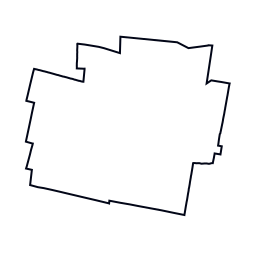 Rotunda, Olt, Romania (Mercator projection), rotated 355°
{"feature_id": "2599482B64010567081563", "entity_name": "Rotunda", "entity_type": "district", "adm_level": 2, "iso_a3": "ROU", "parent_name": "Romania", "parent_adm1": "Olt", "projection": "mercator", "projection_center": [24.304, 43.977], "detail": "fine", "context": "isolated", "style": "outline", "palette": "ink", "viewbox_px": 256, "rotation_deg": 355, "n_neighbors": 0, "source": "geoboundaries", "source_scale": "gbopen_adm2", "svg_char_len": 2852}
<svg xmlns="http://www.w3.org/2000/svg" viewBox="0 0 256 256"><g transform="rotate(355 128 128)"><path d="M176.6,219.6L176.7,219.1L176.8,218.9L176.8,218.6L177.2,217.4L177.3,216.9L177.4,216.4L177.9,214.6L178.7,211.4L179.3,209.2L179.9,206.9L180.6,204.6L181.2,202.2L181.8,199.8L182.2,198.2L182.7,196.5L183.0,195.3L183.2,194.1L183.7,192.6L184.6,189.2L185.0,187.4L185.5,185.5L186.3,182.5L186.4,181.9L186.5,181.5L187.0,179.9L188.0,176.0L188.8,172.9L189.5,170.0L189.6,169.4L189.9,168.6L190.1,168.6L191.0,168.7L192.3,168.9L193.3,169.1L194.1,169.1L194.8,169.2L195.6,169.2L196.2,169.3L197.0,169.6L197.8,169.9L198.3,170.0L199.1,170.0L199.7,170.0L200.1,170.0L201.5,170.0L203.3,170.2L204.5,170.5L205.3,170.7L206.3,170.7L206.6,170.6L206.8,170.6L207.6,170.4L208.8,170.3L209.4,170.4L210.1,168.0L210.2,167.7L210.9,165.4L211.8,162.1L211.9,161.8L212.0,161.4L212.1,160.9L216.3,162.0L216.5,162.0L217.8,162.4L218.9,158.0L219.0,157.6L219.8,154.4L216.2,153.4L216.9,150.6L217.0,150.0L217.4,148.3L217.4,148.2L218.0,145.7L218.9,142.1L219.5,141.4L219.8,140.3L219.9,139.9L220.1,139.4L221.1,136.0L222.2,132.3L222.7,130.7L223.3,128.5L223.4,127.9L224.0,125.8L225.0,122.5L225.8,119.4L226.5,117.0L226.6,116.4L227.0,115.0L229.7,105.0L229.9,104.4L230.5,102.1L232.1,95.9L232.8,93.6L232.9,92.9L233.1,92.5L225.0,90.3L221.7,89.5L215.1,87.8L210.2,90.5L217.0,62.4L219.2,53.2L215.4,52.6L215.2,52.6L215.0,52.8L206.9,53.2L195.2,53.7L184.5,46.9L128.4,36.4L126.5,52.7L111.1,46.4L108.5,45.5L105.9,44.6L92.2,41.1L85.0,39.6L84.8,39.8L84.7,42.0L84.6,42.8L84.5,43.7L84.3,44.9L84.1,46.6L84.1,47.6L84.0,48.7L83.8,49.7L83.7,51.3L83.6,52.0L83.5,53.7L83.0,57.2L82.7,58.8L82.5,60.9L82.5,61.2L82.4,61.5L82.4,61.9L82.3,63.5L82.2,64.2L89.2,65.1L89.9,65.1L89.9,65.4L87.6,78.0L87.1,77.9L86.7,77.9L85.0,77.3L84.8,77.2L84.5,77.1L84.2,76.9L83.9,76.8L83.7,76.8L83.4,76.8L83.1,76.7L82.9,76.6L82.7,76.5L82.3,76.4L82.1,76.3L81.9,76.2L81.6,76.1L81.3,76.0L80.6,75.7L80.1,75.5L79.3,75.2L79.0,75.2L78.2,74.8L77.6,74.5L77.1,74.3L76.6,74.1L76.1,74.0L75.8,73.9L75.5,73.8L75.3,73.8L74.3,73.4L73.4,73.0L73.2,73.0L73.0,72.9L72.3,72.6L71.3,72.2L69.8,71.7L68.8,71.3L67.8,71.1L65.3,70.1L64.9,70.0L63.1,69.2L61.9,68.9L59.4,67.9L58.6,67.6L54.4,66.0L53.4,65.7L51.7,65.0L51.3,64.9L49.7,64.3L48.6,64.0L45.7,62.9L44.8,62.6L44.0,62.4L42.2,61.7L41.5,61.5L41.3,61.5L40.8,61.3L40.0,61.0L39.6,60.9L38.3,64.3L34.4,75.9L31.0,86.3L29.3,91.3L29.1,92.1L33.3,93.5L36.7,94.7L33.8,104.0L32.0,110.1L29.9,117.0L26.9,126.8L25.2,132.3L25.1,132.7L26.9,133.4L31.4,135.1L31.8,135.2L31.4,136.5L29.5,141.4L28.0,145.9L23.8,157.4L22.9,159.5L28.6,161.3L25.5,176.3L27.4,177.0L33.1,179.1L38.7,180.5L46.7,183.0L55.3,185.8L62.2,188.1L69.2,190.4L78.9,193.6L89.9,197.2L102.4,201.4L102.6,201.5L102.7,201.0L103.1,198.8L113.7,201.8L123.3,204.3L130.6,206.4L134.9,207.6L154.1,212.9L165.7,216.4L173.2,218.6L176.6,219.6Z" fill="none" stroke="#020617" stroke-width="2"/></g></svg>